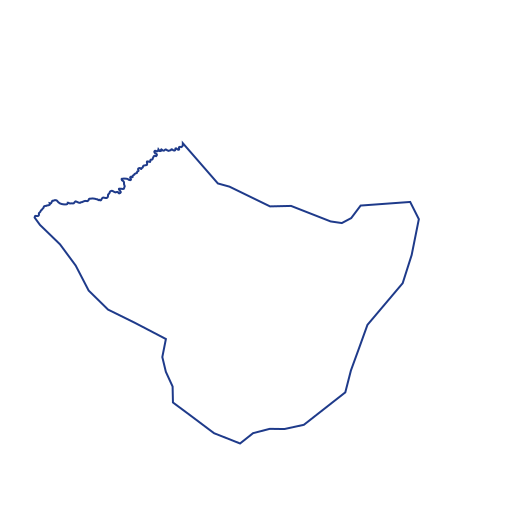 outline of Cenxermandal, Hentiy, Mongolia, rotated 54°
{"feature_id": "93677404B41440940318448", "entity_name": "Cenxermandal", "entity_type": "district", "adm_level": 2, "iso_a3": "MNG", "parent_name": "Mongolia", "parent_adm1": "Hentiy", "projection": "equal_earth", "projection_center": [108.512, 47.906], "detail": "fine", "context": "isolated", "style": "outline", "palette": "blue", "viewbox_px": 512, "rotation_deg": 54, "n_neighbors": 0, "source": "geoboundaries", "source_scale": "gbopen_adm2", "svg_char_len": 4863}
<svg xmlns="http://www.w3.org/2000/svg" viewBox="0 0 512 512"><g transform="rotate(54 256 256)"><path d="M113.8,353.9L113.2,354.7L112.3,356.3L111.9,356.8L111.8,357.2L111.8,357.8L112.1,358.2L112.4,358.6L112.5,359.1L112.5,359.5L112.6,359.8L112.5,360.2L112.1,360.6L111.1,361.7L110.7,362.6L110.4,363.8L110.2,365.0L109.9,365.4L109.6,366.2L109.7,366.7L109.1,367.7L108.1,368.4L106.5,369.3L105.8,369.8L105.7,370.3L105.9,371.2L106.2,372.4L106.0,373.0L105.5,373.7L104.8,374.5L104.2,375.6L103.3,376.2L102.8,376.4L102.5,376.7L102.4,376.9L102.3,377.0L102.7,377.3L103.0,378.2L102.7,379.2L101.5,380.9L99.8,382.6L98.2,383.7L96.4,384.3L94.2,384.5L93.6,384.8L92.8,385.6L92.5,386.1L92.3,386.7L92.3,387.1L92.1,387.7L91.8,387.9L91.7,388.3L91.8,388.8L92.1,389.3L92.3,389.7L92.8,390.6L92.8,391.1L92.5,391.5L92.0,391.9L93.0,392.3L93.2,392.8L93.2,393.2L93.0,394.0L92.6,394.8L92.2,395.6L92.2,396.1L91.5,397.3L91.3,398.2L91.3,398.5L91.5,398.8L91.8,399.1L92.1,399.6L92.2,400.2L92.4,401.1L92.7,402.0L92.7,402.9L92.9,403.5L93.4,404.4L93.6,405.2L93.7,406.2L93.9,406.6L94.3,406.9L95.0,407.3L95.4,407.8L95.5,408.3L95.5,408.8L95.2,409.4L94.3,410.4L93.9,410.9L93.9,411.4L94.1,411.7L94.6,412.2L94.8,412.5L103.9,412.5L131.4,407.7L157.8,407.5L185.6,411.7L212.4,407.2L239.2,393.1L270.2,377.7L282.7,391.2L296.7,397.0L312.6,400.2L325.7,409.3L347.4,402.5L374.7,394.1L398.3,379.1L397.6,362.5L403.9,346.5L412.7,334.7L420.7,316.5L418.8,263.9L404.4,246.5L391.2,226.9L377.2,206.3L364.2,153.3L346.7,129.5L321.9,102.6L302.9,99.5L276.7,141.7L281.3,156.7L279.8,167.2L271.9,175.3L236.1,198.2L224.1,215.5L184.3,236.7L174.9,244.2L121.7,248.9L122.7,249.6L123.2,250.1L123.8,250.7L124.0,251.5L124.0,252.2L124.0,252.4L123.5,252.8L122.9,253.5L122.8,253.9L122.8,254.4L123.1,254.7L123.5,255.0L123.9,255.1L124.2,255.2L124.6,255.6L124.6,256.1L124.4,256.4L124.0,256.7L123.3,256.9L122.6,257.1L122.0,257.3L121.8,257.6L121.7,257.9L121.9,258.2L122.3,258.6L122.7,259.0L122.9,259.4L122.8,259.9L122.5,260.3L121.8,260.8L120.9,261.1L120.5,261.2L120.1,261.5L120.0,261.9L120.2,262.4L120.3,262.8L120.1,263.2L120.0,263.7L119.8,264.0L119.7,264.2L119.6,264.6L119.6,264.8L119.5,265.0L119.0,265.3L118.3,265.7L117.3,266.1L116.8,266.3L116.7,266.5L116.6,266.9L116.6,267.4L116.7,268.2L116.5,268.7L116.2,269.1L115.6,269.5L114.9,269.6L114.4,269.8L114.1,269.9L114.1,270.0L114.2,270.3L114.5,270.3L114.9,270.5L115.1,270.9L115.0,271.4L114.7,272.0L114.3,272.4L114.0,272.6L113.5,272.5L113.0,272.3L112.8,272.2L112.5,272.3L112.4,272.3L113.1,273.1L113.3,273.8L113.3,274.2L112.9,274.7L112.4,275.1L111.8,275.5L111.5,276.0L111.6,276.5L111.8,276.9L112.1,277.1L112.7,277.2L113.6,277.2L113.8,277.1L114.0,276.9L114.1,276.7L115.2,276.5L115.7,276.6L116.1,276.9L116.4,277.6L116.5,278.1L116.0,278.6L115.5,278.9L115.3,279.3L115.2,279.8L115.3,280.2L115.5,280.6L115.7,281.0L116.0,281.5L116.3,282.1L116.8,282.7L116.9,283.2L116.8,283.7L116.5,284.2L116.2,284.6L116.3,284.8L116.4,285.1L116.8,285.5L117.3,285.9L117.6,286.4L117.5,286.6L116.9,287.0L116.5,287.3L116.5,287.6L116.3,287.8L115.7,288.2L115.5,288.5L115.6,288.8L115.9,289.1L116.5,289.4L117.3,289.8L117.7,290.1L117.9,290.4L118.1,290.6L118.1,290.8L118.1,291.1L117.7,291.8L117.3,292.8L116.9,293.6L116.9,294.3L117.2,294.9L117.6,295.3L117.8,295.7L117.7,296.3L117.9,297.0L118.0,297.4L118.1,297.7L118.0,297.8L117.9,297.9L117.3,297.9L116.9,298.0L116.6,298.3L116.3,298.7L116.1,299.4L116.1,299.9L116.3,300.1L116.5,300.4L117.1,300.5L117.8,300.8L118.1,301.2L118.1,301.8L117.9,302.4L118.1,302.7L118.8,303.6L118.6,304.3L118.4,305.0L118.3,306.1L118.6,306.5L118.6,307.4L118.6,308.2L118.9,309.1L119.2,309.3L119.5,309.4L119.5,309.6L119.4,310.0L119.1,310.2L118.6,310.4L118.4,310.5L118.4,311.0L118.4,311.5L118.6,311.7L119.2,311.9L120.0,312.0L120.5,312.1L120.8,312.5L120.8,312.9L120.7,313.2L120.1,313.7L119.8,314.0L119.4,314.2L118.8,314.4L118.2,314.6L117.5,315.2L116.9,315.9L116.3,316.6L115.5,317.7L115.1,318.6L114.8,318.9L114.7,319.1L114.8,319.5L115.2,319.7L115.9,319.9L116.3,319.8L117.3,319.4L117.8,319.3L118.4,319.4L119.0,319.6L120.1,320.4L120.7,320.7L121.5,320.9L122.4,321.2L123.0,322.1L123.6,322.9L123.9,323.5L123.8,323.8L123.3,324.6L123.0,324.9L122.6,325.3L122.1,325.8L121.7,326.5L121.2,327.0L121.1,327.3L121.2,327.5L121.6,327.7L122.1,327.7L123.0,327.7L124.1,327.7L124.8,327.8L125.2,328.7L124.9,329.9L124.7,330.0L124.3,330.2L123.7,330.1L123.4,330.1L122.8,330.4L122.4,331.1L122.2,331.4L122.0,332.2L121.1,332.9L119.3,333.7L118.6,334.2L118.3,334.7L118.1,335.7L118.1,336.1L118.3,336.6L118.9,337.5L119.2,338.3L119.3,339.3L119.5,339.7L119.8,339.9L120.7,340.7L121.2,341.4L121.3,341.9L121.3,342.7L120.7,343.6L120.4,343.8L120.0,344.2L119.8,344.5L119.1,345.0L118.8,345.6L118.8,346.0L118.9,346.7L119.2,347.5L119.7,348.4L119.7,348.8L119.6,349.1L119.2,349.4L118.9,349.5L118.5,349.7L118.5,350.2L118.3,350.5L118.0,350.7L117.5,350.8L117.0,350.9L116.6,351.4L115.9,352.0L115.2,352.5L113.8,353.9Z" fill="none" stroke="#1e3a8a" stroke-width="2"/></g></svg>